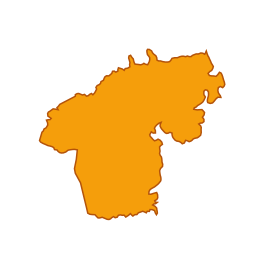 outline of Correia Pinto, Santa Catarina, Brazil, rotated 105°
{"feature_id": "56859067B60834920358023", "entity_name": "Correia Pinto", "entity_type": "district", "adm_level": 2, "iso_a3": "BRA", "parent_name": "Brazil", "parent_adm1": "Santa Catarina", "projection": "mercator", "projection_center": [-50.399, -27.603], "detail": "fine", "context": "isolated", "style": "filled", "palette": "amber", "viewbox_px": 256, "rotation_deg": 105, "n_neighbors": 0, "source": "geoboundaries", "source_scale": "gbopen_adm2", "svg_char_len": 4112}
<svg xmlns="http://www.w3.org/2000/svg" viewBox="0 0 256 256"><g transform="rotate(105 128 128)"><path d="M74.4,46.2L72.9,47.2L71.8,48.6L70.5,49.9L68.3,51.0L65.6,51.2L64.0,49.6L64.5,47.0L62.7,46.0L60.9,45.8L58.8,46.8L56.9,48.1L55.4,49.0L53.7,50.0L51.9,51.3L50.8,52.4L50.5,54.1L53.3,55.1L55.3,56.3L55.6,58.9L56.1,61.0L56.2,63.0L54.5,64.8L52.2,63.5L50.8,62.1L48.5,61.5L46.5,61.5L45.3,62.7L43.8,64.3L41.9,65.7L40.2,67.2L38.8,68.2L37.6,69.5L35.5,71.0L33.4,72.3L35.4,72.6L36.9,73.0L36.4,75.0L36.7,77.1L38.3,79.2L38.8,81.3L40.0,83.0L41.3,84.7L42.6,85.4L43.2,87.3L43.1,89.3L44.2,90.8L44.3,93.0L44.8,94.7L45.7,96.4L47.3,98.4L48.1,101.2L49.3,103.5L51.4,104.1L53.1,105.0L53.9,106.4L54.6,108.8L54.9,111.8L54.8,114.0L55.3,115.8L54.9,117.6L52.7,118.4L51.0,119.8L50.0,122.3L49.0,123.8L47.4,125.2L46.6,127.8L47.0,129.5L48.5,129.8L50.1,129.2L52.1,128.2L53.3,126.5L54.4,125.3L56.3,124.7L58.4,124.6L61.8,125.4L61.9,127.7L61.4,129.4L62.6,130.4L63.7,132.1L64.0,134.8L64.5,137.7L63.3,138.9L61.7,139.9L59.9,140.8L58.7,142.6L57.1,144.3L58.2,145.7L60.2,145.5L62.3,144.2L64.4,143.0L66.2,142.9L68.4,142.0L70.3,143.8L71.3,146.1L73.3,146.6L72.5,148.6L72.4,150.6L72.3,152.8L74.1,152.9L75.6,152.5L77.2,154.2L76.6,156.0L77.2,157.6L79.4,157.8L80.8,158.7L82.6,160.0L83.2,162.4L84.7,163.6L86.3,163.9L88.3,164.1L90.2,166.1L92.1,166.1L93.6,167.1L95.0,168.8L97.1,169.5L98.5,168.4L100.6,168.8L102.7,169.3L105.0,170.5L104.1,172.2L105.4,173.7L107.1,174.8L108.0,176.3L106.8,178.7L107.9,180.5L107.6,182.8L107.4,184.5L108.0,186.1L109.4,187.5L111.0,187.1L122.8,200.0L125.3,201.0L126.7,201.9L128.4,200.3L128.6,203.1L128.9,205.3L130.4,206.5L131.9,207.7L133.2,209.0L134.8,209.4L137.3,208.4L138.0,206.2L138.6,204.7L140.1,205.5L140.6,207.1L141.5,208.8L143.8,207.0L146.0,206.3L147.4,206.7L149.1,207.2L150.6,208.8L152.9,209.1L154.3,210.0L163.0,210.2L164.2,208.8L164.9,206.1L165.2,203.8L165.7,200.9L165.6,198.2L165.7,196.1L166.3,194.5L167.9,193.4L167.6,190.9L168.6,189.6L169.4,187.8L169.4,186.0L168.8,184.1L167.3,181.9L166.1,181.0L164.9,180.1L164.0,178.2L163.2,176.3L162.5,174.3L162.2,171.3L171.7,169.8L181.1,169.2L185.3,167.2L193.2,159.7L215.8,147.4L220.7,144.8L221.2,142.5L220.9,140.3L220.3,137.5L221.7,135.3L222.6,133.7L222.2,132.1L220.9,129.8L221.3,126.7L221.6,124.6L221.3,122.7L220.3,121.4L218.8,120.5L217.3,119.0L218.0,117.2L216.9,115.3L214.8,114.7L213.9,112.8L213.8,110.9L213.2,109.2L214.6,107.1L212.2,104.9L210.1,103.5L211.1,102.0L211.8,100.5L210.0,99.1L209.3,97.0L207.2,96.0L205.7,93.8L204.6,92.2L204.8,90.4L205.2,88.4L203.5,87.9L203.0,85.8L201.1,85.6L200.6,83.6L200.9,81.0L203.0,79.6L204.4,78.1L202.6,77.6L200.8,78.3L199.4,79.0L197.9,79.6L196.6,81.6L196.0,84.3L194.8,83.5L193.9,81.7L192.3,80.5L192.6,82.4L191.3,83.4L189.7,81.7L187.8,81.2L184.9,82.1L182.9,83.6L183.8,85.2L185.1,87.3L186.1,88.8L186.4,90.8L183.9,91.3L181.7,90.7L179.9,89.1L178.0,87.1L176.4,85.9L174.8,84.7L173.4,83.9L172.0,83.3L170.5,82.7L168.9,82.9L167.0,83.6L165.2,84.7L163.2,85.6L161.0,86.4L158.7,86.1L156.2,84.7L154.0,85.1L152.2,86.3L150.4,86.9L148.8,87.5L147.4,88.2L146.0,89.9L144.5,90.9L142.0,91.1L139.9,92.0L138.0,92.6L136.3,91.7L134.9,90.5L132.9,91.7L131.5,93.8L131.0,96.1L132.5,97.5L133.5,99.1L132.6,100.9L131.2,102.9L130.4,104.3L129.0,105.3L127.4,104.9L125.7,104.5L126.4,102.4L125.7,100.2L123.4,100.9L121.4,102.4L119.6,102.0L117.6,101.0L115.3,99.3L114.0,97.5L116.5,97.8L118.0,97.4L120.0,95.6L121.6,93.2L122.8,91.3L123.3,89.6L122.7,88.0L121.3,86.4L121.5,84.2L123.1,83.7L124.9,82.7L126.0,81.6L127.5,79.5L128.0,77.7L127.8,74.9L128.4,72.9L129.2,71.5L127.9,69.7L125.0,69.2L125.0,67.3L125.4,65.4L124.3,63.8L123.0,62.8L121.6,62.1L120.6,60.7L119.5,58.5L118.4,57.5L116.2,56.0L113.4,56.1L110.6,57.0L108.5,57.4L107.1,58.4L105.8,60.7L104.6,59.5L104.0,57.7L102.2,56.3L100.0,56.9L98.3,58.9L95.7,57.9L93.2,58.1L92.0,59.8L91.1,61.3L91.6,63.0L92.6,65.9L92.9,69.3L91.3,69.2L90.0,67.5L88.3,66.6L86.6,64.9L85.0,63.5L83.5,62.5L81.7,61.9L80.0,61.6L78.0,61.3L76.3,63.2L74.7,63.8L72.9,64.2L71.1,63.2L71.0,61.3L72.3,59.7L74.7,58.9L76.5,58.6L78.3,58.7L80.1,58.6L81.6,58.3L82.8,57.5L83.0,55.0L81.9,52.8L79.8,51.7L77.0,50.5L75.0,49.1L74.4,46.2Z" fill="#f59e0b" stroke="#b45309" stroke-width="1.5"/></g></svg>